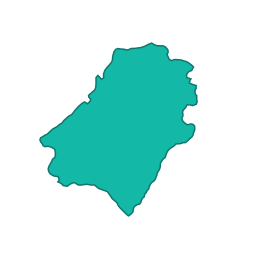 Mãe do Rio, Pará, Brazil (Albers equal-area conic projection), rotated 51°
{"feature_id": "56859067B65028667685767", "entity_name": "Mãe do Rio", "entity_type": "district", "adm_level": 2, "iso_a3": "BRA", "parent_name": "Brazil", "parent_adm1": "Pará", "projection": "albers", "projection_center": [-47.512, -1.99], "detail": "fine", "context": "isolated", "style": "filled", "palette": "teal", "viewbox_px": 256, "rotation_deg": 51, "n_neighbors": 0, "source": "geoboundaries", "source_scale": "gbopen_adm2", "svg_char_len": 2523}
<svg xmlns="http://www.w3.org/2000/svg" viewBox="0 0 256 256"><g transform="rotate(51 128 128)"><path d="M125.7,216.4L129.0,214.8L132.1,214.5L134.9,212.0L135.3,207.9L136.2,204.7L137.7,203.5L140.3,202.9L142.1,201.4L145.8,195.4L149.3,192.3L151.0,190.0L156.6,188.8L164.4,184.1L168.5,184.3L172.9,184.7L175.5,184.3L178.9,183.6L181.7,184.3L184.5,184.5L193.0,183.6L196.6,183.0L196.8,179.9L196.3,177.0L194.6,175.0L193.3,173.5L193.1,171.5L193.3,169.2L194.4,166.9L193.9,164.8L192.8,163.3L191.7,161.0L191.7,158.7L189.9,156.7L189.8,154.7L188.6,152.4L188.4,150.2L187.1,148.6L186.0,146.4L185.3,144.3L185.5,141.3L185.0,139.3L183.0,135.5L181.2,133.2L180.6,131.1L179.4,128.6L177.7,126.6L175.9,125.2L174.8,122.3L174.2,119.8L174.3,117.7L173.0,115.7L171.9,113.9L171.0,112.1L170.5,109.3L170.5,107.1L170.9,103.9L170.6,100.7L171.8,99.1L173.2,97.0L174.1,94.4L175.5,92.5L175.5,89.9L175.2,87.0L175.2,84.2L174.5,82.2L173.2,80.3L171.4,77.3L169.9,76.1L168.4,75.0L166.1,75.2L164.4,76.5L163.6,78.5L162.4,80.2L158.2,81.0L156.3,80.9L154.1,79.9L153.4,78.0L151.9,76.6L150.1,75.8L149.0,74.1L148.3,70.1L147.2,67.8L148.7,65.5L151.1,63.9L152.5,60.0L151.2,57.9L149.5,56.9L147.9,55.7L146.0,54.2L144.2,54.4L142.2,53.3L140.8,52.1L140.1,50.2L137.9,48.3L134.6,50.5L131.8,52.0L130.1,50.2L129.5,48.2L127.6,49.4L126.0,50.6L123.4,49.0L122.5,46.4L122.7,44.2L123.4,42.4L122.6,40.7L121.9,38.7L118.9,39.0L116.4,39.7L114.6,40.2L112.9,41.0L110.8,42.6L108.9,43.6L107.0,45.6L105.1,47.5L103.9,49.0L103.1,51.8L100.4,52.8L97.5,51.9L95.4,51.4L94.5,49.3L92.8,48.0L90.9,47.8L88.4,48.0L86.4,48.9L84.7,50.9L83.3,52.4L82.1,53.9L80.0,55.0L76.9,56.2L75.7,59.9L75.1,63.3L73.4,67.9L72.1,69.7L71.0,71.7L69.9,73.3L68.6,74.9L67.8,76.7L67.5,78.6L66.3,80.1L64.6,81.2L61.8,84.2L59.9,85.8L59.2,88.1L60.0,91.0L62.7,94.8L65.6,97.6L66.6,99.6L67.3,103.0L67.6,105.7L68.6,109.6L70.5,112.9L73.9,115.6L73.2,118.0L70.7,118.1L68.2,118.3L68.7,121.1L71.6,123.5L73.4,124.9L74.8,126.2L76.4,127.8L77.4,129.7L77.6,131.8L77.7,134.3L77.8,138.1L79.6,139.1L82.2,138.8L83.5,141.2L83.6,144.3L80.4,145.3L79.9,148.0L80.1,152.9L81.0,158.4L81.7,161.2L82.2,163.6L81.5,166.2L81.6,169.1L81.8,172.8L82.6,176.5L82.2,178.6L82.3,182.3L81.4,187.2L81.6,190.6L82.0,194.9L81.4,196.7L81.0,200.1L80.6,202.1L81.9,204.0L84.0,204.6L86.2,204.6L88.4,205.1L90.1,204.4L91.9,201.7L94.2,199.9L98.1,198.3L100.8,199.5L103.5,201.6L104.8,203.5L104.8,206.4L105.8,208.1L108.2,213.9L109.6,215.8L111.9,217.0L114.7,217.3L116.4,216.7L118.7,215.8L120.5,214.0L122.4,212.9L125.4,214.4L125.7,216.4Z" fill="#14b8a6" stroke="#0f766e" stroke-width="1.5"/></g></svg>